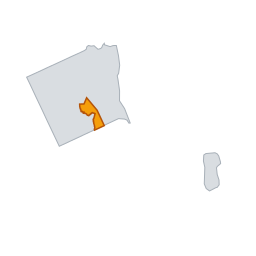 Nkimi, Centro Sur, Equatorial Guinea (highlighted), rotated 155°
{"feature_id": "11065452B74289865102960", "entity_name": "Nkimi", "entity_type": "district", "adm_level": 2, "iso_a3": "GNQ", "parent_name": "Equatorial Guinea", "parent_adm1": "Centro Sur", "projection": "equal_earth", "projection_center": [10.486, 1.923], "detail": "fine", "context": "in_parent", "style": "filled", "palette": "amber", "viewbox_px": 256, "rotation_deg": 155, "n_neighbors": 0, "source": "geoboundaries", "source_scale": "gbopen_adm2", "svg_char_len": 3110}
<svg xmlns="http://www.w3.org/2000/svg" viewBox="0 0 256 256"><g transform="rotate(155 128 128)"><path d="M198.0,140.5L198.1,155.7L198.2,168.5L198.2,182.3L198.3,196.7L198.3,209.0L198.4,216.9L188.4,216.8L175.3,216.8L162.1,216.7L148.9,216.7L142.2,216.6L134.9,216.6L132.6,217.0L131.0,219.0L129.0,219.5L126.8,217.8L124.0,216.9L123.3,215.2L121.9,212.0L119.2,211.6L117.8,212.0L115.9,213.8L113.7,214.8L114.1,213.3L109.8,209.3L106.6,209.0L103.7,207.7L106.1,197.5L109.0,188.4L113.4,181.5L115.7,179.9L116.5,176.5L119.9,165.3L124.2,156.2L122.9,147.0L123.9,131.6L125.1,132.0L125.3,133.4L125.6,135.6L127.3,137.5L132.6,140.5L148.5,140.5L157.9,140.5L171.9,140.5L186.8,140.5L198.0,140.5ZM72.3,36.5L73.5,36.8L80.7,36.5L82.7,40.0L82.5,45.1L75.0,59.9L73.6,66.2L70.7,71.5L68.2,71.9L59.6,68.8L58.1,66.9L57.6,64.4L58.5,58.4L59.1,56.6L63.2,55.5L64.6,54.6L66.8,48.2L67.5,42.4L69.4,38.0L72.3,36.5Z" fill="#d9dde1" stroke="#a8b0b8" stroke-width="1"/><path d="M158.9,156.4L158.7,156.4L158.5,156.1L158.5,155.9L158.4,155.8L158.2,156.0L157.9,155.9L157.5,156.1L157.4,156.1L157.2,156.2L156.9,156.1L156.7,156.1L156.5,156.4L156.4,156.4L156.3,156.5L156.2,156.5L155.9,156.6L155.7,156.4L155.4,156.5L155.3,156.8L155.2,156.8L155.2,156.7L154.9,156.6L154.7,156.6L154.4,156.9L154.4,157.0L154.2,157.1L153.9,157.1L153.8,156.9L153.7,156.8L153.7,156.7L153.4,156.5L153.2,156.3L153.0,156.2L152.9,156.1L152.7,156.0L152.7,155.9L152.7,155.7L152.4,155.4L152.2,155.4L151.8,155.0L152.0,154.8L152.1,154.6L152.6,153.9L152.9,153.6L153.0,153.5L153.1,153.4L153.2,153.2L153.3,153.1L153.4,152.9L153.5,152.8L153.7,152.6L153.8,152.5L153.9,152.4L154.0,152.2L154.3,151.9L154.4,151.7L154.5,151.6L154.8,151.4L154.9,151.2L155.0,151.2L155.3,151.0L155.3,150.9L155.5,150.8L155.7,150.7L155.8,150.5L155.8,150.4L156.0,150.3L156.1,150.2L156.1,149.9L156.1,149.7L156.2,149.4L156.2,149.2L156.3,149.2L156.5,149.1L156.6,148.9L156.6,148.7L156.5,148.4L156.5,148.2L156.7,147.9L156.8,147.8L156.8,147.7L156.8,147.4L156.8,147.1L156.9,146.9L157.1,146.7L157.3,144.5L157.6,144.1L157.7,143.6L157.7,143.1L157.8,142.6L158.0,142.3L158.3,141.9L158.6,141.6L159.0,141.1L159.2,140.6L159.2,140.2L148.5,140.2L148.5,157.2L152.7,172.9L157.7,168.4L157.8,168.4L161.7,170.1L161.8,169.9L161.9,169.7L162.0,169.5L162.0,169.4L162.1,169.2L162.3,168.6L162.5,168.3L162.5,168.2L162.6,167.9L162.7,167.7L162.7,167.4L162.8,167.2L162.9,166.9L162.9,166.7L163.0,166.5L163.0,166.4L163.1,166.2L162.9,165.6L162.9,165.2L163.1,165.1L163.3,164.7L163.2,164.6L163.1,164.4L163.2,164.2L163.2,163.9L163.2,163.7L163.2,163.4L163.4,163.2L163.5,162.9L163.6,162.7L163.4,162.4L163.2,162.4L162.9,162.3L162.7,162.5L162.4,162.4L162.3,162.2L162.1,162.0L162.2,161.9L162.1,161.6L162.1,161.2L162.2,160.8L162.3,160.8L162.3,160.7L162.3,160.3L162.2,160.2L161.9,160.2L161.8,160.3L161.7,160.3L161.5,160.2L161.4,160.1L161.2,160.3L161.2,160.2L161.0,159.8L161.0,159.7L160.9,159.5L160.9,159.4L160.7,159.2L160.4,159.2L160.2,159.0L160.2,158.9L160.0,158.7L159.9,158.6L159.7,158.3L159.7,158.2L159.6,157.7L159.6,157.4L159.6,157.2L159.5,156.9L159.4,156.8L159.3,156.6L159.2,156.5L159.0,156.4L158.9,156.4Z" fill="#f59e0b" stroke="#b45309" stroke-width="1.5"/></g></svg>